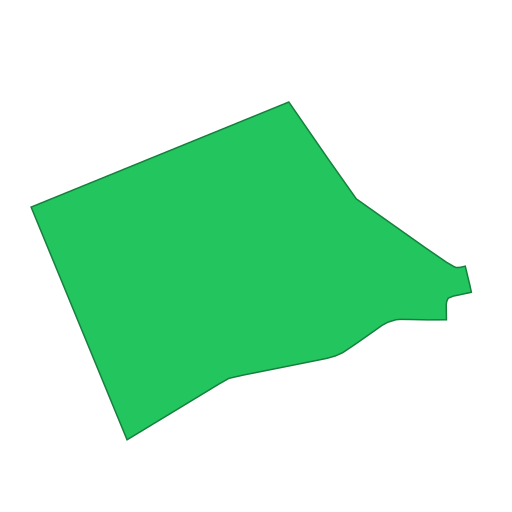 outline of El Mina, Nouakchott, Mauritania, rotated 68°
{"feature_id": "47542326B34919448738513", "entity_name": "El Mina", "entity_type": "district", "adm_level": 2, "iso_a3": "MRT", "parent_name": "Mauritania", "parent_adm1": "Nouakchott", "projection": "orthographic", "projection_center": [-15.982, 18.027], "detail": "fine", "context": "isolated", "style": "filled", "palette": "green", "viewbox_px": 512, "rotation_deg": 68, "n_neighbors": 0, "source": "geoboundaries", "source_scale": "gbopen_adm2", "svg_char_len": 599}
<svg xmlns="http://www.w3.org/2000/svg" viewBox="0 0 512 512"><g transform="rotate(68 256 256)"><path d="M386.5,103.3L372.1,97.7L369.6,96.2L367.1,93.6L367.1,90.7L367.1,88.1L368.2,82.1L370.3,69.9L361.8,68.4L361.5,68.4L343.8,65.8L343.1,70.6L341.7,74.7L339.9,76.5L333.2,81.7L311.3,96.2L240.6,141.6L193.3,152.7L125.5,167.9L126.4,446.2L378.1,444.4L360.8,338.1L359.3,327.0L361.5,313.2L375.6,238.6L377.4,228.9L378.4,220.0L378.1,211.8L374.9,196.6L371.0,179.8L367.5,165.0L366.8,158.7L367.5,150.1L368.9,145.7L372.8,136.4L379.5,120.8L386.5,103.3Z" fill="#22c55e" stroke="#15803d" stroke-width="1.5"/></g></svg>